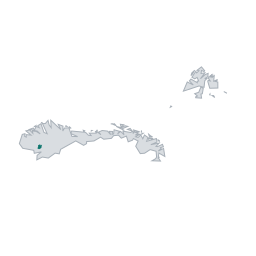 Flesberg nor, Buskerud, Norway (highlighted), rotated 63°
{"feature_id": "86288312B11516416194364", "entity_name": "Flesberg nor", "entity_type": "district", "adm_level": 2, "iso_a3": "NOR", "parent_name": "Norway", "parent_adm1": "Buskerud", "projection": "orthographic", "projection_center": [9.551, 59.857], "detail": "fine", "context": "in_parent", "style": "filled", "palette": "teal", "viewbox_px": 256, "rotation_deg": 63, "n_neighbors": 0, "source": "geoboundaries", "source_scale": "gbopen_adm2", "svg_char_len": 4269}
<svg xmlns="http://www.w3.org/2000/svg" viewBox="0 0 256 256"><g transform="rotate(63 128 128)"><path d="M144.2,124.9L139.8,128.0L140.9,129.5L140.4,134.1L134.5,133.1L134.0,138.6L130.1,139.7L128.3,144.3L129.7,147.5L127.0,154.7L123.7,156.6L124.1,164.2L121.3,171.1L123.1,172.0L123.3,175.4L115.8,180.4L116.4,197.7L119.8,201.0L117.3,204.4L118.6,212.6L115.0,217.5L115.0,223.7L111.1,221.4L109.9,216.0L108.0,223.0L105.1,222.1L98.3,231.0L92.6,231.9L85.7,225.1L86.3,222.4L88.5,223.9L89.9,222.8L87.7,221.7L90.3,217.6L84.2,220.3L85.2,216.5L89.5,215.2L87.3,214.6L89.4,211.3L93.4,208.9L89.5,210.3L84.5,216.5L85.0,212.4L87.3,212.2L84.9,209.1L87.4,207.0L85.0,207.3L84.7,203.6L93.8,204.9L96.4,202.6L85.3,202.2L86.5,199.6L84.9,195.8L89.6,196.9L92.8,196.3L86.0,193.3L98.9,188.6L93.1,188.5L96.8,185.1L101.1,187.5L99.2,184.6L101.0,180.6L110.0,181.8L112.8,176.8L107.1,181.4L105.1,179.6L112.6,167.8L116.6,166.5L118.0,164.3L115.0,164.9L118.2,158.6L117.1,157.3L121.7,155.2L118.3,156.0L118.5,152.2L121.4,147.7L126.0,146.5L122.5,146.2L124.1,143.3L126.5,145.1L126.7,143.5L123.3,141.2L127.1,137.0L128.5,140.0L127.7,136.1L132.2,134.6L128.5,134.0L133.1,127.8L133.2,124.9L135.3,126.0L134.3,124.5L137.2,121.2L137.7,124.7L139.0,119.6L139.3,125.2L141.0,123.2L140.0,119.8L144.3,119.7L141.7,116.5L145.5,114.5L148.3,117.5L150.3,107.5L153.7,108.5L153.2,115.2L155.6,107.1L157.1,111.4L158.0,110.2L158.2,104.7L160.8,105.0L160.2,108.0L161.3,107.8L162.3,111.5L162.4,105.6L170.1,108.1L164.3,111.9L168.2,114.5L172.2,114.1L168.1,121.5L167.9,117.2L166.8,115.7L161.5,113.5L157.3,118.1L158.0,124.6L156.4,128.7L147.8,129.4L144.2,124.9ZM115.7,31.8L118.6,33.6L118.8,37.2L119.7,35.2L120.7,38.1L126.3,41.8L122.8,45.6L120.3,61.9L113.9,54.3L119.3,50.3L113.9,51.9L113.0,49.7L119.1,45.7L117.7,45.1L118.2,43.7L114.3,43.5L114.5,46.2L111.8,48.0L108.3,41.9L110.1,41.8L109.2,38.8L107.9,40.3L106.9,34.8L111.8,33.7L112.2,34.6L110.1,36.4L112.6,38.2L113.7,34.4L117.0,41.1L115.4,34.8L115.7,31.8ZM120.5,27.4L125.2,30.4L125.4,26.6L126.0,26.9L126.2,29.0L127.8,27.1L133.2,29.8L129.7,37.1L122.8,35.8L121.9,35.0L123.4,33.4L120.1,33.8L119.1,32.4L119.9,31.4L118.2,30.7L120.5,30.6L119.9,28.8L121.0,29.6L120.5,27.4ZM126.9,43.0L131.2,46.2L130.9,47.6L134.8,48.9L131.8,53.9L131.0,53.7L131.0,51.6L127.7,53.0L128.3,48.8L124.6,44.4L126.9,43.0ZM126.0,134.0L128.5,132.4L121.2,137.8L124.8,133.7L124.6,129.7L126.5,127.4L126.0,134.0ZM129.3,126.3L132.7,125.6L129.0,129.1L129.3,126.3ZM132.4,123.8L136.7,119.3L134.7,123.7L132.4,123.8ZM106.8,42.3L109.3,46.3L109.9,48.1L107.9,46.1L106.8,42.3ZM123.2,130.3L124.1,133.7L121.2,133.1L123.2,130.3ZM146.8,110.1L145.6,112.9L142.9,112.4L145.6,111.3L146.8,110.1ZM147.6,111.8L147.4,114.8L146.2,114.2L147.6,111.8ZM117.9,138.3L120.7,137.4L117.8,139.8L117.9,138.3ZM141.7,24.3L139.0,26.1L141.8,24.1L141.7,24.3ZM138.0,37.0L140.2,36.9L137.3,38.3L138.0,37.0ZM151.8,106.9L153.5,105.8L154.2,106.3L151.8,106.9ZM148.6,110.8L148.6,112.4L147.8,111.2L148.6,110.8ZM139.6,116.9L139.8,118.5L139.0,118.0L139.6,116.9ZM128.7,79.4L128.7,80.9L127.8,79.8L128.7,79.4ZM136.2,40.0L135.2,40.0L134.9,39.5L136.2,40.0ZM110.8,167.8L111.4,169.1L109.7,168.9L110.8,167.8ZM136.3,117.1L137.3,117.5L138.0,118.3L136.3,117.1ZM118.5,28.8L119.0,29.7L118.4,29.4L118.5,28.8ZM101.9,179.6L99.9,179.8L102.0,179.0L101.9,179.6ZM98.9,181.7L98.1,182.8L97.8,182.2L98.9,181.7ZM117.3,140.2L116.5,141.5L117.4,139.4L117.3,140.2ZM84.5,209.6L84.1,211.3L84.1,209.0L84.5,209.6ZM116.4,157.6L115.9,156.6L116.5,156.6L116.4,157.6ZM168.1,113.0L168.4,114.3L168.2,114.1L168.1,113.0ZM117.0,158.6L115.9,158.8L117.2,158.3L117.0,158.6ZM113.9,161.1L114.0,162.1L113.5,161.8L113.9,161.1ZM84.4,202.1L83.8,203.1L84.0,202.2L84.4,202.1Z" fill="#d9dde1" stroke="#a8b0b8" stroke-width="1"/><path d="M105.5,216.4L105.8,216.3L105.8,216.2L105.8,215.9L105.8,215.7L105.8,215.4L105.8,215.2L105.7,215.1L105.7,214.9L105.7,214.7L105.4,214.5L105.4,214.4L105.2,214.2L104.9,214.1L104.7,214.0L104.6,213.9L104.6,214.0L104.4,214.2L104.4,214.3L104.3,214.5L104.2,214.5L104.3,214.6L104.2,214.6L104.0,214.8L103.9,214.8L103.7,214.9L103.5,215.0L103.3,215.0L103.3,215.3L103.3,215.5L103.6,215.6L103.8,215.7L104.0,215.8L104.3,215.9L104.4,216.0L104.5,216.1L104.6,216.3L104.9,216.4L105.1,216.4L105.3,216.5L105.3,216.4L105.3,216.5L105.4,216.4L105.5,216.4L105.5,216.4Z" fill="#14b8a6" stroke="#0f766e" stroke-width="1.5"/></g></svg>